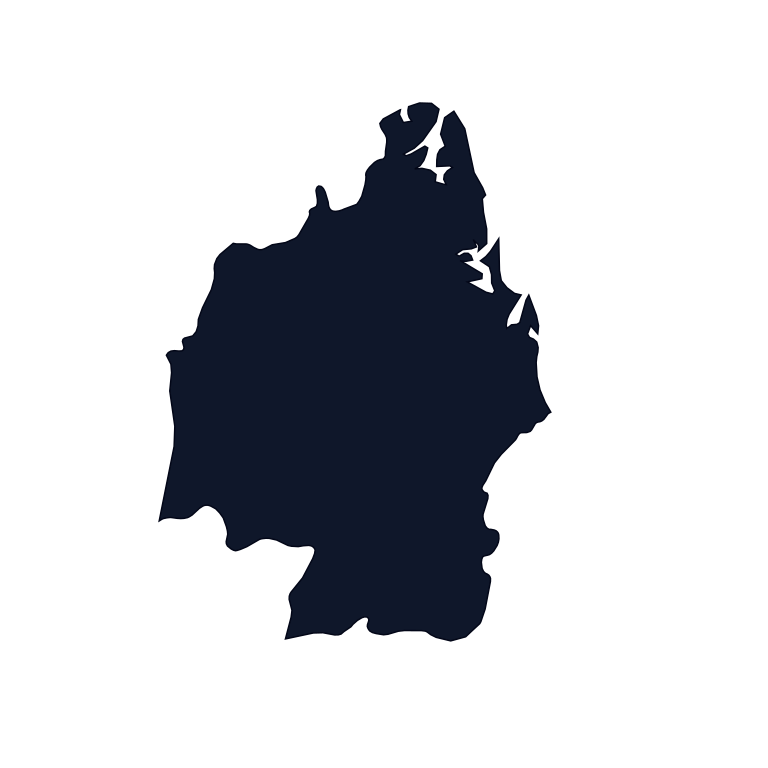 SVG path tracing the border of Chanthaburi, rotated 212°
{"feature_id": "THA-432", "entity_name": "Chanthaburi", "entity_type": "Province", "adm_level": 1, "iso_a3": "THA", "parent_name": "Thailand", "parent_adm1": "", "projection": "mercator", "projection_center": [102.12, 12.821], "detail": "fine", "context": "isolated", "style": "filled", "palette": "ink", "viewbox_px": 768, "rotation_deg": 212, "n_neighbors": 0, "source": "natural_earth", "source_scale": "10m", "svg_char_len": 4671}
<svg xmlns="http://www.w3.org/2000/svg" viewBox="0 0 768 768"><g transform="rotate(212 384 384)"><path d="M583.8,293.6L583.6,296.3L582.1,299.0L579.4,301.2L575.7,303.1L573.0,304.9L572.2,307.0L573.1,309.2L577.5,313.3L578.1,315.3L577.5,317.2L571.7,323.4L571.0,328.9L572.5,334.7L575.7,340.5L578.3,352.5L580.4,372.5L583.6,383.3L586.6,388.7L589.1,391.9L591.0,395.5L592.2,401.8L591.7,406.9L586.4,423.4L586.1,423.5L583.5,424.5L574.6,430.0L572.8,430.5L571.0,430.8L566.7,430.8L562.4,431.3L560.8,431.9L559.3,432.8L558.0,434.1L556.8,435.7L552.6,442.8L542.5,451.7L536.7,460.1L535.7,462.4L535.3,465.4L536.0,484.5L536.5,487.5L537.4,489.4L538.5,490.4L538.9,491.9L538.4,493.9L536.4,496.9L535.4,498.8L536.2,501.9L538.2,505.1L544.1,511.9L544.7,513.5L545.0,515.6L544.3,517.3L542.1,518.2L540.3,518.0L538.4,517.3L535.5,515.5L527.8,508.7L525.8,506.2L524.6,505.0L523.1,504.0L521.4,503.4L519.5,503.4L517.9,504.0L516.3,504.9L513.7,507.1L511.6,509.6L510.7,511.0L502.3,521.9L502.0,525.6L502.3,531.4L505.6,542.7L507.6,547.5L509.2,550.4L510.1,551.4L510.7,552.5L511.2,553.9L511.4,556.6L511.1,560.2L509.5,566.8L508.0,569.9L506.3,572.1L503.9,574.3L503.5,576.1L503.7,578.2L506.1,582.2L509.7,590.3L511.1,592.6L512.4,594.3L515.3,596.3L520.5,598.7L523.2,600.4L525.6,602.8L525.1,608.4L515.6,625.1L515.4,625.3L513.7,620.6L506.1,616.0L499.7,621.6L503.8,623.4L506.7,625.9L508.8,628.9L510.1,632.3L502.8,641.1L492.4,647.2L483.0,646.2L478.9,634.1L480.2,611.0L483.3,600.0L489.3,589.3L486.1,589.3L482.9,593.4L475.4,607.4L472.0,607.4L469.9,601.1L468.7,594.6L469.1,588.3L472.0,582.6L466.1,587.0L458.0,589.9L450.8,589.2L447.7,582.6L439.3,585.0L436.9,586.1L441.8,589.2L443.7,593.4L443.2,598.4L440.7,603.9L443.8,603.9L454.6,596.4L458.0,602.1L460.3,607.2L460.7,612.3L458.1,618.1L468.4,625.9L473.7,642.0L469.3,652.4L450.8,643.3L419.6,611.0L404.3,602.7L398.0,598.1L398.8,593.2L390.6,582.3L379.1,569.9L371.3,557.5L374.5,546.7L376.4,551.0L378.5,552.4L381.3,552.8L384.9,553.8L378.2,549.3L381.6,544.9L388.5,539.6L391.9,532.2L388.0,532.2L385.3,537.3L382.0,539.4L378.2,538.9L374.5,536.1L379.6,531.4L382.2,530.0L384.9,529.0L359.1,529.5L356.8,525.2L367.5,514.7L346.1,515.9L339.5,518.0L339.5,521.8L346.2,526.7L350.8,533.8L356.8,539.3L367.5,539.6L365.1,546.1L364.0,553.0L363.7,568.0L346.2,541.4L339.3,533.8L330.8,530.8L321.3,530.0L314.9,532.2L314.9,509.6L313.9,504.0L311.6,498.8L309.3,496.2L308.3,498.6L307.3,501.7L302.8,505.1L301.4,508.0L308.0,530.4L308.3,536.1L291.1,522.9L283.8,515.3L280.2,508.0L290.6,511.2L288.8,502.5L285.3,500.6L281.1,501.3L276.7,500.5L272.6,496.6L270.5,492.7L269.0,488.3L266.3,482.8L258.0,471.1L248.5,461.6L237.4,453.7L227.6,448.5L229.1,445.9L229.7,438.7L230.6,436.3L231.8,434.6L233.0,433.6L234.1,432.3L234.7,430.7L234.5,423.4L234.8,421.9L234.9,421.4L235.1,421.1L237.2,418.5L241.6,415.6L242.7,414.4L243.1,412.5L243.1,410.6L242.9,408.4L242.9,406.4L247.3,386.6L248.5,375.6L246.4,355.8L246.5,350.7L246.2,348.5L245.3,346.6L242.3,345.4L240.4,345.6L238.7,346.0L236.8,344.7L235.2,341.8L231.0,326.1L229.8,323.9L227.7,321.4L223.0,317.4L220.3,316.4L217.9,316.4L216.5,317.3L213.1,318.6L211.2,318.9L209.4,318.6L208.0,318.0L206.7,316.8L204.5,313.6L203.2,310.4L202.5,307.0L202.5,300.7L203.1,297.6L204.1,295.3L205.2,294.0L207.3,291.9L208.2,290.9L208.3,290.6L208.7,289.7L208.3,287.4L207.0,284.4L203.1,279.6L200.3,277.8L197.8,277.2L195.8,277.5L193.8,277.4L192.1,276.7L190.7,275.6L189.1,272.9L179.0,246.8L175.9,233.7L175.8,231.5L178.6,221.2L180.8,212.9L191.3,201.5L205.5,196.8L211.6,196.2L215.9,196.6L217.9,196.4L221.4,194.8L236.0,185.8L240.8,182.0L248.0,173.9L251.5,171.1L258.4,168.2L262.1,167.1L265.1,167.0L266.8,167.6L268.4,168.5L269.7,169.6L270.5,171.2L271.4,174.9L272.1,176.3L273.5,177.2L275.2,177.3L277.1,176.2L278.9,174.1L281.3,169.4L283.0,163.7L283.2,161.9L283.4,160.5L283.6,160.1L286.8,152.8L287.9,149.2L289.9,147.0L293.0,145.0L304.0,140.7L312.0,135.4L332.5,115.6L339.2,137.1L342.1,143.3L350.3,151.1L351.9,153.9L352.5,156.5L352.5,158.4L350.3,176.4L351.9,198.1L353.0,203.5L354.5,206.9L356.9,208.1L359.1,208.3L360.8,207.9L362.4,207.2L366.7,204.1L370.5,200.7L376.5,197.4L379.9,196.2L392.4,194.8L399.5,192.3L402.3,190.7L405.1,188.5L406.4,187.3L407.4,186.0L414.1,173.4L418.1,167.7L420.3,165.1L421.6,163.9L423.6,163.3L426.3,163.1L430.9,163.7L433.0,165.0L434.3,166.7L436.9,173.8L438.9,176.4L442.0,179.5L449.4,185.3L455.0,187.6L460.6,189.0L466.1,188.7L468.0,188.3L469.7,187.6L471.0,186.7L472.2,185.6L473.1,184.2L474.7,180.7L477.3,171.2L478.9,168.0L479.9,166.5L482.4,164.1L485.1,162.2L488.2,160.5L493.1,158.3L494.5,157.6L497.2,155.5L499.7,153.1L500.6,151.8L501.4,150.2L502.1,148.8L528.9,219.8L539.0,237.3L562.0,264.6L570.1,281.0L575.2,287.9L583.8,293.1L583.8,293.6Z" fill="#0f172a" stroke="#020617" stroke-width="1.5"/></g></svg>